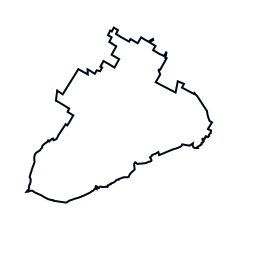 outline of Ardud, Satu Mare, Romania, rotated 108°
{"feature_id": "2599482B58089407628141", "entity_name": "Ardud", "entity_type": "district", "adm_level": 2, "iso_a3": "ROU", "parent_name": "Romania", "parent_adm1": "Satu Mare", "projection": "natural_earth1", "projection_center": [22.905, 47.656], "detail": "fine", "context": "isolated", "style": "outline", "palette": "ink", "viewbox_px": 256, "rotation_deg": 108, "n_neighbors": 0, "source": "geoboundaries", "source_scale": "gbopen_adm2", "svg_char_len": 5656}
<svg xmlns="http://www.w3.org/2000/svg" viewBox="0 0 256 256"><g transform="rotate(108 128 128)"><path d="M170.5,203.3L170.9,203.8L171.2,203.9L171.6,203.8L172.2,203.9L172.6,203.7L172.9,203.8L173.5,203.8L174.0,203.9L174.4,204.2L174.7,204.4L176.4,204.8L177.6,205.8L178.2,206.3L180.0,207.7L180.4,207.9L181.1,208.1L181.9,208.3L183.9,208.2L184.9,208.1L185.3,208.0L188.7,206.6L189.7,206.3L193.9,206.5L194.5,206.6L202.9,206.5L203.7,206.4L204.6,206.5L204.8,206.5L206.3,205.1L206.8,204.9L207.2,204.6L207.6,204.4L208.1,204.4L208.4,204.3L208.6,204.2L209.3,204.0L210.0,204.0L210.3,204.0L210.7,204.0L211.7,203.9L211.9,204.0L212.2,204.0L212.5,204.2L213.0,204.1L213.6,204.1L214.1,204.1L214.7,203.9L215.2,203.9L215.3,203.8L215.6,203.6L215.9,203.6L216.4,203.4L216.7,203.4L217.3,203.7L217.7,203.8L219.8,204.7L220.1,204.8L219.5,203.4L219.3,203.2L219.0,202.8L218.3,202.0L218.1,201.7L217.9,201.3L217.4,200.3L217.3,200.0L217.2,199.7L217.3,199.1L217.6,198.1L217.8,197.5L218.0,197.2L218.2,195.2L218.3,194.5L218.4,193.5L218.6,192.7L218.5,192.2L218.7,191.4L218.8,190.1L218.8,189.8L218.8,189.7L219.0,188.7L219.2,188.1L219.7,185.9L219.9,184.6L220.0,184.4L220.1,183.6L220.1,183.1L220.1,182.9L220.4,182.0L220.3,181.7L220.3,180.7L220.2,179.7L220.3,179.1L219.9,178.0L219.8,177.2L219.8,176.7L220.2,176.6L220.0,175.2L220.0,174.7L219.6,173.1L219.6,172.5L219.4,171.7L219.2,170.3L219.0,168.7L218.8,168.2L218.1,163.8L217.2,163.0L215.1,161.2L211.0,155.7L210.7,155.3L210.0,154.0L209.5,153.4L208.6,152.4L208.3,152.0L208.1,151.5L207.4,151.0L206.6,149.9L206.1,149.3L205.0,148.1L204.3,147.4L202.5,145.5L201.7,144.8L201.6,144.7L201.3,144.3L200.8,143.8L200.3,143.4L199.6,143.1L199.2,142.7L198.5,141.9L198.3,141.6L198.2,141.6L197.3,141.4L196.4,140.9L196.1,140.6L195.8,139.6L195.8,139.3L195.8,139.2L195.4,139.6L195.0,140.0L194.7,140.3L194.4,140.5L194.2,140.6L193.8,140.7L193.2,140.6L193.2,140.3L193.1,139.9L193.7,139.0L193.9,138.6L194.2,137.9L194.3,137.7L194.2,137.6L194.1,137.2L193.8,137.0L193.4,137.0L193.0,137.0L192.8,136.9L192.6,136.8L192.3,136.3L192.2,135.8L192.2,135.6L192.1,135.4L192.2,135.2L192.2,134.8L191.7,132.9L191.2,131.8L190.9,131.2L190.4,130.4L190.6,130.0L190.6,129.4L190.4,129.2L189.2,129.4L188.8,129.4L188.7,129.0L188.5,128.8L188.0,128.5L187.6,128.2L187.1,127.6L186.8,127.0L186.7,127.0L186.2,127.3L184.9,125.5L183.9,124.5L182.7,123.6L181.0,122.9L180.5,122.4L180.3,122.0L180.3,121.7L180.1,121.4L180.1,121.2L179.8,121.3L179.5,121.0L179.0,120.5L177.8,118.9L177.3,118.3L177.0,118.0L176.8,117.8L176.4,117.0L176.2,116.9L175.4,114.4L175.1,113.7L175.0,113.3L174.7,112.8L174.2,112.3L173.8,112.2L173.3,112.1L172.0,112.1L171.1,111.8L169.3,111.1L168.5,110.6L167.0,109.7L165.4,108.9L165.2,108.9L160.9,110.9L160.3,111.0L159.8,110.9L158.5,110.7L158.4,110.6L158.4,110.3L158.4,110.1L159.2,108.4L159.3,108.0L159.3,107.8L158.8,107.0L158.4,106.2L157.9,104.6L157.3,103.2L157.0,102.8L156.2,100.8L156.1,100.5L155.5,99.8L154.1,98.3L153.8,98.0L153.7,97.9L153.6,97.7L153.4,97.2L153.2,96.7L153.0,96.4L152.0,95.8L152.0,95.7L151.7,95.6L150.6,96.3L149.4,97.7L148.5,98.7L148.7,98.3L148.9,98.0L148.9,97.8L148.5,97.6L147.8,97.0L147.5,96.9L146.1,96.6L144.2,94.1L141.5,91.7L144.2,90.0L138.9,83.9L134.1,78.2L133.3,77.0L133.0,76.4L130.9,73.8L128.9,71.7L126.8,71.3L126.8,71.0L126.7,70.8L126.3,67.5L126.2,67.0L125.8,64.0L125.4,63.8L122.5,61.5L124.7,61.2L126.0,59.9L126.4,59.0L126.2,57.7L125.4,55.3L124.5,56.1L123.3,55.1L122.1,54.0L122.0,53.9L121.8,53.6L121.5,53.6L121.2,53.5L120.9,53.2L120.5,53.0L120.4,53.1L119.8,53.4L119.5,53.4L119.3,53.3L119.0,53.1L118.6,52.4L117.3,51.9L116.8,52.0L116.5,52.2L116.4,52.6L116.4,52.8L116.5,53.1L116.5,53.3L116.3,53.5L115.7,53.8L115.4,53.8L115.3,53.7L115.1,53.6L115.1,53.3L115.0,53.1L115.0,52.7L114.7,52.0L114.6,51.8L114.0,51.9L113.4,51.4L113.1,51.4L112.3,51.7L111.9,51.6L111.7,51.4L111.8,50.9L111.8,50.7L111.7,50.4L111.7,50.2L111.9,49.9L112.1,49.6L112.1,49.3L112.0,49.1L111.9,49.0L111.4,48.9L110.8,48.5L110.4,48.5L110.0,48.6L109.4,48.8L109.2,48.8L108.1,48.4L107.7,48.1L107.5,47.8L107.3,47.7L107.0,47.8L106.5,48.0L106.1,48.1L105.3,48.1L105.1,48.1L104.6,48.4L104.7,49.0L104.3,51.7L96.7,49.8L96.1,52.6L93.7,54.5L91.1,56.3L87.8,58.0L87.6,58.0L77.2,70.9L76.2,72.2L76.0,72.5L75.5,73.7L74.2,75.6L75.2,75.8L72.9,89.2L68.7,88.4L68.2,95.1L79.6,93.7L77.7,104.9L77.4,106.8L75.9,115.8L67.1,113.9L67.0,114.0L64.2,116.3L63.8,116.7L63.3,116.7L62.9,116.6L62.8,116.4L62.6,116.0L62.6,115.4L49.7,112.8L49.8,114.2L45.7,114.5L44.4,114.8L44.3,115.1L48.4,115.9L47.9,120.0L48.0,120.2L46.2,128.2L41.5,127.2L39.8,134.2L36.6,131.2L35.6,131.8L37.2,133.3L38.1,134.1L38.5,134.4L39.5,135.0L39.6,135.3L38.6,140.0L37.7,143.5L44.4,145.0L42.6,153.1L45.5,153.6L43.8,162.2L42.3,168.5L38.0,167.8L37.5,170.0L37.4,170.4L36.9,172.5L41.2,173.2L40.8,175.0L45.9,175.7L46.8,171.6L51.9,172.4L52.6,169.0L52.9,169.0L53.9,164.4L62.8,166.1L63.4,166.2L65.2,157.7L74.7,159.5L73.0,166.6L71.9,172.0L78.2,173.2L78.5,171.3L82.6,172.0L82.8,175.6L85.7,176.1L86.6,176.2L86.7,176.3L85.0,182.9L84.7,184.6L89.5,182.8L88.8,186.0L88.7,187.0L88.0,190.1L87.4,193.4L96.9,195.7L105.5,197.9L116.2,200.5L114.3,206.9L124.3,205.0L124.3,204.7L124.6,202.9L127.7,190.0L130.1,190.3L130.1,190.2L131.4,190.4L132.9,183.9L141.0,185.7L144.3,186.5L143.7,188.5L144.2,188.6L144.9,188.8L146.6,189.2L148.1,189.7L151.4,190.6L151.8,190.7L152.9,191.0L156.8,192.1L157.8,192.1L160.1,192.5L160.5,192.6L161.3,193.4L161.3,193.5L161.6,193.7L161.9,194.0L162.6,194.8L162.7,195.0L162.4,195.4L161.5,196.1L161.3,196.2L161.6,196.5L161.9,197.0L162.3,197.3L163.7,198.1L164.9,198.7L164.8,198.8L165.1,199.1L165.2,199.3L164.9,199.2L164.7,199.2L164.4,200.1L165.8,200.2L166.0,200.3L167.1,201.2L169.5,203.0L170.0,203.2L170.4,203.3L170.5,203.3Z" fill="none" stroke="#020617" stroke-width="2"/></g></svg>